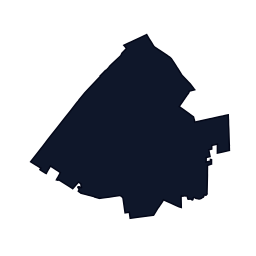 Maicanesti, Vrancea, Romania, rotated 172°
{"feature_id": "2599482B14220108289328", "entity_name": "Maicanesti", "entity_type": "district", "adm_level": 2, "iso_a3": "ROU", "parent_name": "Romania", "parent_adm1": "Vrancea", "projection": "orthographic", "projection_center": [27.427, 45.473], "detail": "fine", "context": "isolated", "style": "filled", "palette": "ink", "viewbox_px": 256, "rotation_deg": 172, "n_neighbors": 0, "source": "geoboundaries", "source_scale": "gbopen_adm2", "svg_char_len": 5183}
<svg xmlns="http://www.w3.org/2000/svg" viewBox="0 0 256 256"><g transform="rotate(172 128 128)"><path d="M115.5,212.1L120.6,210.5L120.2,209.9L119.9,209.5L119.5,208.8L119.1,208.1L118.6,207.4L118.4,207.0L121.3,204.7L123.5,203.0L123.6,202.9L123.7,202.7L123.9,202.4L124.5,201.5L124.7,201.1L125.1,200.6L127.3,199.0L127.9,198.6L134.9,193.7L137.6,191.7L138.0,191.3L138.3,190.8L138.5,190.6L140.8,188.8L141.0,188.6L141.1,188.4L141.3,188.3L141.6,188.2L141.9,188.1L142.2,188.2L148.5,183.3L148.3,182.7L148.5,182.5L148.7,182.3L148.9,182.2L149.3,182.1L151.6,180.3L154.7,177.8L161.2,172.6L165.8,168.9L170.8,164.3L172.5,162.8L173.1,162.0L173.4,161.7L174.5,160.8L176.3,159.1L182.5,153.0L189.7,146.2L198.5,137.7L203.8,132.7L209.0,127.7L215.2,121.5L216.8,120.0L220.6,116.3L228.0,109.2L229.1,108.1L228.0,107.2L226.7,106.1L224.2,104.0L224.0,103.9L221.4,101.7L219.9,100.4L221.0,99.0L220.9,98.9L218.5,96.8L217.8,96.3L216.7,95.3L216.3,95.0L215.9,94.7L215.5,94.4L215.3,94.3L214.5,95.5L214.1,96.2L213.6,96.7L213.2,97.3L211.4,99.5L211.0,100.1L210.4,100.8L210.1,101.1L209.7,100.8L208.6,99.8L207.4,98.8L204.7,96.4L203.8,95.7L201.8,93.8L201.5,93.5L201.3,93.3L201.2,93.2L202.3,91.6L203.6,89.9L203.7,89.7L204.3,88.9L205.2,87.9L206.1,86.6L204.6,86.0L204.1,86.6L201.7,84.6L198.4,81.8L195.2,79.1L192.5,76.8L191.2,75.6L189.8,76.8L186.0,80.1L184.7,81.3L184.3,81.0L183.5,80.4L182.4,79.2L182.4,78.5L182.5,78.4L182.5,78.2L182.5,77.9L182.4,77.5L182.4,76.8L182.4,76.5L182.3,76.1L182.3,75.8L182.3,75.5L182.5,75.4L182.8,75.5L183.0,75.5L183.3,75.7L183.5,75.8L183.7,76.0L184.2,76.4L184.6,76.6L184.9,76.7L185.1,76.7L185.3,76.7L185.6,76.7L185.8,76.5L185.9,76.4L185.9,76.1L185.8,75.9L185.6,75.6L185.5,75.4L185.2,75.0L185.1,74.7L185.0,74.3L185.1,74.0L185.1,73.8L185.2,73.7L185.3,73.5L185.5,73.2L185.8,72.6L186.0,72.3L185.8,72.1L184.9,71.2L184.7,71.0L184.4,70.9L184.1,70.7L183.9,70.5L183.8,70.4L183.9,70.2L183.7,70.0L181.5,69.1L178.3,67.8L177.0,67.2L175.7,66.7L174.4,66.2L173.1,65.6L171.8,65.1L170.9,64.7L170.5,64.6L170.6,64.3L166.1,62.3L165.9,62.3L160.7,62.3L156.2,62.2L151.6,62.3L150.3,62.3L148.8,62.3L147.1,62.3L146.6,62.3L146.1,62.3L145.5,62.2L145.2,62.2L144.6,61.8L144.3,61.5L144.1,61.2L143.9,61.2L143.6,60.8L143.3,60.4L142.9,59.8L142.9,59.6L142.7,59.0L142.7,57.9L142.7,55.2L142.7,50.6L142.7,49.3L142.7,46.1L142.7,44.4L138.4,44.4L138.4,38.3L132.2,38.3L114.8,38.1L111.9,41.6L109.9,44.1L109.4,44.6L108.1,45.9L106.4,47.9L106.2,48.0L103.9,50.6L102.9,52.0L99.9,50.1L97.3,48.5L94.9,47.0L94.8,46.9L90.9,44.4L88.3,42.8L86.3,41.9L85.2,51.3L85.2,51.6L84.7,53.1L84.6,53.3L84.5,53.2L84.4,53.2L84.1,53.0L83.8,53.0L83.5,52.9L83.2,52.9L82.9,52.9L82.7,52.9L82.4,52.9L82.1,53.0L81.8,53.0L81.6,53.0L81.3,52.9L81.1,52.9L80.9,52.8L80.7,52.7L80.3,52.7L79.9,52.7L79.7,52.7L79.4,52.6L79.2,52.4L79.0,52.2L78.8,51.5L78.7,50.6L78.6,49.6L78.6,49.4L78.4,49.2L78.1,49.1L77.9,49.0L77.6,49.0L77.3,49.0L77.1,49.0L76.9,49.0L76.6,49.0L76.3,49.0L75.9,48.9L75.7,48.8L75.4,48.6L75.1,48.4L74.7,48.0L74.6,47.9L74.4,47.8L74.2,47.8L73.9,47.9L73.6,48.3L73.4,48.8L73.3,49.3L73.1,49.7L72.9,50.0L72.7,50.1L72.4,50.1L72.2,50.0L71.7,49.8L71.5,49.7L71.3,49.5L70.9,49.1L70.7,49.0L70.4,48.8L70.1,48.7L69.7,48.6L69.3,48.5L68.8,48.3L68.1,48.0L67.8,47.9L67.6,47.8L67.3,47.8L67.1,47.8L66.8,47.8L66.3,47.9L65.7,48.0L65.1,48.2L64.9,48.3L64.7,48.4L64.3,48.7L64.1,48.8L63.6,48.9L63.3,49.0L63.0,49.1L62.9,49.3L62.7,49.6L62.6,49.8L62.3,50.1L62.2,50.4L62.1,50.7L61.9,50.9L61.8,51.0L61.6,51.2L61.4,51.2L61.2,51.2L60.9,51.0L60.7,50.9L60.5,50.7L60.4,50.6L60.1,50.6L59.9,50.7L59.6,51.0L59.3,51.2L58.8,51.8L58.9,52.3L58.8,52.7L57.5,60.6L56.5,66.7L55.9,70.4L55.7,72.1L54.5,79.9L50.3,80.7L50.3,80.8L49.8,84.2L49.7,85.0L50.4,85.4L50.7,85.4L50.5,83.9L55.4,83.3L54.7,87.9L50.7,88.3L51.1,95.2L48.0,95.5L47.5,99.1L41.7,99.6L43.0,90.7L37.5,91.1L31.1,91.7L30.7,91.7L30.6,92.8L30.4,94.2L30.4,94.8L30.4,95.1L30.3,95.4L30.2,96.0L30.1,96.3L30.0,97.8L29.7,100.7L28.4,112.6L28.0,117.2L27.4,122.0L27.3,123.5L26.9,127.1L27.0,127.1L30.2,126.9L31.8,126.7L32.7,126.6L33.3,126.6L35.4,126.5L41.5,126.0L43.4,125.8L45.9,125.7L48.1,125.5L52.1,125.2L53.2,125.1L54.7,125.0L57.0,124.8L58.9,124.7L60.3,124.5L61.0,124.5L61.1,125.9L61.2,127.0L61.3,127.4L61.6,129.9L62.9,131.1L63.8,132.0L65.1,133.2L65.4,133.6L67.3,135.4L73.3,141.1L73.9,141.7L74.3,142.0L73.5,143.1L71.6,145.1L70.2,146.6L69.5,147.4L68.9,148.1L68.5,148.5L67.9,149.1L67.5,149.6L66.8,150.4L65.9,151.3L65.2,152.1L64.6,152.8L64.4,152.9L64.1,153.2L63.2,154.1L62.9,154.6L62.6,155.0L62.4,155.6L62.4,155.9L61.9,156.0L59.4,156.3L57.3,156.5L57.1,156.5L56.6,156.6L56.7,156.8L57.1,157.3L57.4,157.8L57.6,158.3L59.0,160.8L60.0,162.6L60.5,163.4L60.9,163.9L61.1,164.2L61.3,164.4L61.6,164.8L62.7,166.4L66.3,171.4L66.8,172.1L67.2,172.6L67.6,173.5L69.6,178.1L69.8,178.5L70.3,179.7L71.1,181.2L71.8,182.9L72.4,184.2L73.4,186.4L74.3,188.2L74.9,189.5L75.5,190.7L76.7,192.2L77.0,192.5L78.4,193.7L78.8,194.2L78.9,194.3L79.7,195.0L83.4,198.3L86.1,200.7L87.2,201.6L88.6,202.9L90.0,204.1L90.6,204.7L91.1,205.4L91.4,206.1L91.7,206.7L92.9,209.6L93.6,211.1L93.9,211.7L94.0,212.0L94.5,212.9L95.1,214.4L96.1,216.9L96.4,217.6L96.5,217.9L97.4,217.6L99.4,217.0L101.2,216.4L105.8,215.0L110.1,213.7L112.9,212.8L113.7,212.6L115.5,212.1Z" fill="#0f172a" stroke="#020617" stroke-width="1.5"/></g></svg>